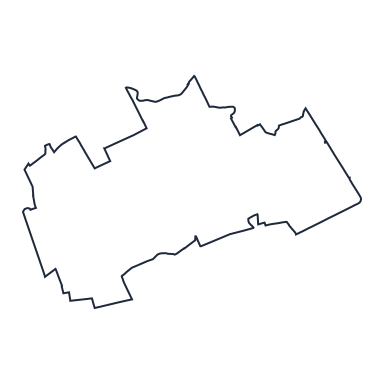 Moara Vlasiei, Ilfov, Romania (Mercator projection)
{"feature_id": "2599482B21816132488062", "entity_name": "Moara Vlasiei", "entity_type": "district", "adm_level": 2, "iso_a3": "ROU", "parent_name": "Romania", "parent_adm1": "Ilfov", "projection": "mercator", "projection_center": [26.22, 44.633], "detail": "fine", "context": "isolated", "style": "outline", "palette": "slate", "viewbox_px": 384, "rotation_deg": 0, "n_neighbors": 0, "source": "geoboundaries", "source_scale": "gbopen_adm2", "svg_char_len": 5905}
<svg xmlns="http://www.w3.org/2000/svg" viewBox="0 0 384 384"><path d="M306.5,109.8L305.6,108.3L305.1,109.1L304.3,110.3L304.1,111.1L303.7,111.6L303.6,111.9L303.6,112.3L303.2,113.9L303.0,115.0L303.0,115.7L302.5,116.6L302.2,116.9L301.2,117.1L300.7,117.4L299.7,118.6L284.6,123.7L282.9,124.2L280.5,125.0L279.0,125.6L278.9,126.1L278.8,127.5L278.5,128.3L278.5,128.5L278.4,128.7L275.7,131.1L275.5,131.4L275.4,133.5L275.3,133.8L275.1,134.3L274.7,135.1L272.2,134.3L269.6,133.7L267.8,133.1L266.5,132.7L265.5,132.1L264.9,131.3L263.6,129.4L262.5,127.8L260.9,125.6L259.9,124.6L260.0,124.5L259.9,124.3L257.7,125.6L257.4,125.1L255.8,126.0L240.0,135.2L235.9,127.0L235.6,127.2L231.0,118.5L232.0,117.7L231.0,116.3L231.0,116.0L231.2,115.3L231.4,115.0L232.1,114.4L232.8,113.9L233.3,113.5L234.0,112.9L234.3,112.6L234.9,110.6L234.8,109.7L234.9,109.0L234.8,108.3L234.5,107.7L234.0,107.3L233.4,106.9L232.3,106.7L228.1,106.9L225.2,107.5L223.4,107.4L221.6,107.6L221.0,107.7L219.9,107.7L218.4,107.6L215.7,107.0L212.9,106.6L211.2,106.7L209.5,106.8L208.6,105.0L207.1,101.7L205.1,97.5L204.3,96.1L203.4,94.3L202.7,92.7L201.5,90.3L200.7,88.8L199.8,86.9L198.8,84.7L197.7,82.6L196.6,80.2L194.8,76.6L194.1,76.0L193.5,76.7L192.9,77.6L192.2,78.3L191.6,79.0L191.3,79.4L190.1,80.7L189.2,81.7L188.7,82.9L187.9,84.1L188.5,84.2L186.6,87.4L182.0,93.1L181.3,93.8L180.0,94.7L178.7,95.2L177.2,95.5L175.9,95.5L172.3,96.2L169.8,96.8L168.6,97.0L167.8,97.4L167.1,97.5L166.0,97.7L164.1,98.2L159.4,100.6L157.6,101.3L156.4,101.7L155.1,101.8L149.7,100.6L149.2,100.4L148.6,100.2L147.7,100.1L147.2,100.0L145.8,100.1L143.0,100.7L141.7,100.8L139.8,100.8L138.9,100.4L138.4,100.0L137.6,99.3L137.0,98.5L137.0,97.5L137.3,96.0L137.6,94.4L137.7,92.4L137.4,91.7L136.7,90.8L135.6,90.1L132.7,88.8L131.0,88.2L128.6,87.6L126.6,87.4L125.9,87.8L127.0,90.1L129.8,95.3L130.5,96.7L131.2,97.9L132.0,99.4L132.6,100.2L133.2,101.6L133.6,102.4L136.3,107.8L138.1,111.4L140.2,115.6L141.7,118.7L143.1,121.4L143.2,121.2L143.9,122.5L146.6,128.3L137.3,133.2L133.1,135.4L132.8,135.5L113.2,144.4L113.0,144.5L104.5,148.4L104.3,148.4L105.3,150.5L105.9,151.9L107.0,154.2L108.3,157.1L110.2,161.1L102.0,164.9L97.3,167.1L94.7,168.4L93.4,166.2L91.6,163.2L89.3,159.3L88.1,157.3L84.5,151.2L83.9,150.0L80.7,144.7L80.5,144.1L79.7,142.7L76.9,138.3L76.1,136.7L75.9,136.5L75.6,136.5L74.7,137.0L68.6,140.2L66.9,141.2L64.9,142.5L64.9,142.4L64.3,142.7L62.6,143.9L61.5,144.6L61.0,145.1L60.5,145.5L59.1,146.7L58.1,147.7L57.0,148.8L54.1,152.2L52.7,150.0L50.6,146.8L49.9,145.0L49.7,144.3L49.6,144.1L49.2,144.0L47.9,144.5L47.1,144.8L45.8,145.4L45.0,145.8L45.0,146.0L45.0,146.3L45.4,147.7L45.5,148.2L45.6,149.1L45.5,149.8L45.4,150.4L45.4,150.9L45.4,153.0L45.3,153.5L45.1,154.1L44.7,154.5L44.0,155.0L42.9,155.8L41.5,156.8L39.1,158.7L36.1,161.1L35.0,161.9L32.7,163.6L32.0,164.1L31.7,164.4L31.0,164.9L30.2,165.5L29.8,165.7L29.6,165.5L29.4,165.1L28.5,163.6L24.5,169.6L32.6,186.7L33.3,195.8L33.1,195.8L34.8,205.0L35.9,207.9L31.3,209.4L31.0,209.7L30.5,209.8L30.4,209.2L30.0,208.8L28.6,208.2L27.7,208.1L26.7,208.3L24.8,209.0L23.9,210.2L23.0,211.9L25.8,220.2L43.4,271.6L44.9,276.2L45.0,276.8L55.5,268.9L55.7,269.2L57.0,272.6L57.3,273.3L58.0,275.4L62.0,285.7L62.0,285.9L61.7,286.3L62.4,289.2L63.4,293.3L69.0,292.3L70.1,299.3L70.3,300.8L87.7,298.9L88.2,298.8L89.9,298.6L92.0,298.4L93.0,302.3L94.7,308.0L98.6,307.1L119.6,302.1L125.5,300.8L127.2,300.4L132.0,299.4L123.7,282.0L123.5,281.4L123.1,280.1L122.5,278.4L121.7,276.3L121.8,276.1L121.9,275.9L122.6,275.4L123.2,275.0L123.5,274.7L124.2,274.3L126.6,272.0L131.8,267.8L147.1,261.2L152.8,259.2L153.3,258.8L156.7,255.4L157.4,254.7L158.4,254.1L159.7,253.7L160.8,253.4L161.5,253.3L165.2,253.2L165.3,253.2L166.4,253.3L167.6,253.7L168.4,253.8L170.2,253.9L171.9,254.0L173.5,254.1L173.9,254.3L174.7,254.6L175.7,254.2L176.9,253.5L178.1,252.7L180.1,251.2L181.6,250.1L184.0,248.4L184.1,248.6L185.6,247.6L187.6,246.0L193.3,241.7L195.2,240.3L195.2,240.1L195.2,239.6L195.3,237.7L195.4,236.3L195.9,236.3L196.1,236.6L200.3,246.2L201.1,246.2L208.3,243.2L209.3,242.8L215.3,240.3L219.1,238.7L220.6,238.1L225.3,236.1L229.2,234.5L229.3,234.4L229.9,234.2L240.4,231.5L243.2,230.8L248.2,229.4L250.1,228.9L252.4,228.2L253.3,228.0L253.5,227.6L253.4,227.5L252.7,226.6L251.7,225.5L251.1,225.1L249.5,223.4L249.0,222.8L248.6,221.6L248.4,220.8L248.3,219.8L248.3,219.1L248.3,218.8L248.6,218.6L249.2,218.2L250.0,217.7L251.3,217.0L252.7,216.2L253.7,215.6L255.3,215.0L256.4,214.6L257.4,214.3L257.6,214.9L257.7,215.9L257.9,219.6L258.0,221.2L258.1,223.3L258.2,224.4L264.5,222.6L265.6,225.5L267.3,225.0L269.2,224.6L271.1,224.2L273.1,223.9L275.1,223.6L278.1,223.2L279.2,223.0L281.2,222.6L282.8,222.3L283.9,222.2L284.3,222.1L285.1,222.0L285.4,222.0L286.2,221.8L286.7,221.9L288.1,223.8L288.4,224.1L288.5,224.2L288.7,224.4L288.9,224.7L289.0,225.2L289.7,226.2L290.1,226.6L290.7,227.3L291.0,227.7L292.0,228.9L292.3,229.2L293.6,230.7L294.2,231.4L295.0,232.3L295.2,232.6L295.4,233.0L296.1,234.2L296.1,234.4L298.0,233.5L299.8,232.6L303.0,231.1L304.7,230.2L306.3,229.4L308.4,228.3L310.7,227.2L312.4,226.4L315.5,224.8L320.2,222.5L323.2,221.0L329.2,217.9L330.1,217.5L333.7,215.7L335.8,214.7L336.5,214.3L338.0,213.6L339.3,212.9L339.7,212.7L340.2,212.5L341.2,212.0L342.4,211.4L343.2,211.0L345.0,210.1L346.3,209.4L347.4,208.9L348.4,208.4L350.7,207.2L351.4,206.9L352.4,206.4L353.5,205.8L354.3,205.4L355.9,204.6L356.4,204.4L357.8,203.7L358.2,203.5L358.5,203.3L359.0,203.0L359.4,202.7L359.9,202.1L360.3,201.7L360.7,200.7L360.8,200.3L361.0,199.4L360.9,198.1L360.5,197.1L359.7,195.7L358.7,194.0L356.3,190.2L353.4,185.6L352.1,183.6L351.1,181.7L350.2,180.4L349.8,179.5L349.6,178.4L349.7,177.7L348.9,177.8L347.9,176.2L345.4,172.2L342.3,167.2L336.8,158.5L335.3,156.1L334.2,154.4L332.5,151.5L331.0,149.1L330.2,147.7L328.6,145.1L326.8,142.2L325.1,142.7L324.9,141.6L326.1,141.2L325.3,139.9L322.1,134.7L321.1,133.2L319.7,130.7L318.1,128.1L315.5,124.1L311.2,117.2L309.8,114.9L306.5,109.8Z" fill="none" stroke="#1e293b" stroke-width="2"/></svg>